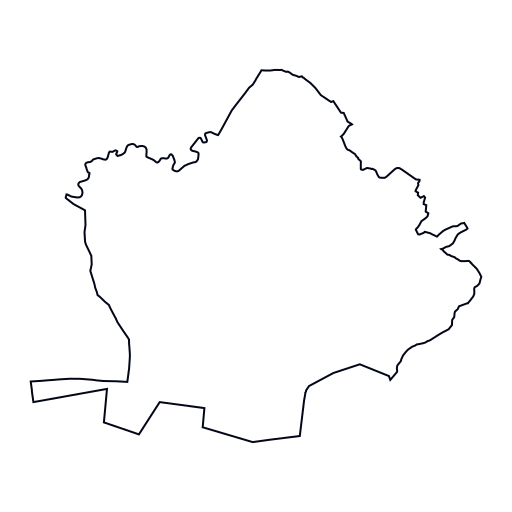 the district of Rites pag., Viesites, Latvia
{"feature_id": "27541924B10670366304681", "entity_name": "Rites pag.", "entity_type": "district", "adm_level": 2, "iso_a3": "LVA", "parent_name": "Latvia", "parent_adm1": "Viesites", "projection": "albers", "projection_center": [25.488, 56.197], "detail": "fine", "context": "isolated", "style": "outline", "palette": "ink", "viewbox_px": 512, "rotation_deg": 0, "n_neighbors": 0, "source": "geoboundaries", "source_scale": "gbopen_adm2", "svg_char_len": 5991}
<svg xmlns="http://www.w3.org/2000/svg" viewBox="0 0 512 512"><path d="M390.3,379.9L396.9,372.1L397.2,371.1L396.9,368.2L397.2,366.0L397.6,365.1L400.4,361.7L400.9,360.9L401.1,360.5L401.2,359.5L402.6,356.4L402.9,355.7L403.4,355.0L405.5,352.3L407.8,349.8L412.0,346.8L415.2,345.5L416.8,344.4L418.6,344.2L423.6,343.1L425.0,342.6L426.1,342.1L427.0,341.5L427.3,341.2L429.8,340.4L431.4,339.4L438.4,334.9L443.0,332.2L448.6,329.3L452.0,325.0L452.1,321.1L452.3,319.7L454.2,317.2L454.6,313.0L455.0,311.6L457.7,309.2L459.0,306.3L467.2,303.3L467.8,303.1L468.0,303.2L468.6,302.3L469.9,300.8L473.2,296.5L474.1,294.4L474.3,293.7L474.3,291.9L474.2,289.4L474.2,288.5L474.4,288.0L474.6,287.5L474.9,287.1L475.5,286.8L477.0,286.0L477.6,285.5L479.2,283.8L479.5,283.3L480.6,279.0L481.3,276.8L479.7,273.5L477.5,269.9L476.7,268.8L476.0,268.0L473.1,265.2L472.0,264.1L471.7,263.6L470.9,262.9L471.0,262.8L469.6,261.4L469.0,261.0L468.2,260.9L465.7,261.1L461.0,261.1L460.1,260.9L457.6,259.2L455.6,258.2L454.8,257.3L450.8,255.9L450.1,255.3L449.5,255.0L447.4,254.6L447.1,254.4L445.7,253.0L443.8,251.4L442.6,249.8L442.2,249.4L441.3,249.3L441.1,249.1L442.5,248.8L446.1,246.9L449.3,246.1L453.0,243.3L454.7,240.2L455.5,238.2L456.7,236.2L457.9,234.3L459.3,233.3L460.9,232.3L466.1,229.7L467.5,228.6L467.2,227.7L464.2,222.9L462.8,223.3L461.2,223.4L457.5,226.0L455.8,226.3L454.4,226.2L452.7,226.4L445.9,229.4L443.2,230.9L438.8,234.7L437.0,236.6L431.7,234.1L430.1,233.2L424.7,231.8L423.8,232.8L419.6,234.5L418.1,234.3L415.8,229.6L416.4,228.7L417.8,227.3L419.5,224.8L421.4,221.2L425.8,218.0L426.8,217.1L427.6,216.1L428.3,213.2L425.7,211.6L426.3,205.2L423.7,204.1L423.7,202.3L424.1,201.1L425.1,197.5L423.9,196.1L420.5,197.8L417.8,195.2L418.1,192.6L416.5,191.9L415.5,191.0L416.2,189.3L418.4,185.2L418.1,183.8L418.1,182.9L419.3,181.5L419.6,180.3L419.6,179.8L415.9,179.4L402.2,169.8L399.4,168.1L397.7,168.0L396.4,168.2L394.9,169.1L386.6,176.6L384.8,177.8L382.3,177.8L379.6,177.6L378.8,177.0L377.1,174.0L376.6,172.6L375.9,171.1L375.5,170.5L374.5,169.8L372.4,168.8L372.1,169.0L371.6,169.0L370.3,168.5L367.2,168.0L366.7,168.1L363.0,169.9L361.1,169.5L360.8,169.0L360.8,163.3L360.9,161.7L360.8,161.3L360.3,160.7L358.8,159.4L358.2,158.7L358.1,157.8L356.5,156.5L354.9,154.0L352.8,152.7L349.6,150.4L349.3,150.2L348.1,149.9L347.3,149.4L346.6,148.6L346.4,148.3L345.6,146.7L345.3,146.1L342.7,139.4L341.5,136.9L341.0,136.6L341.7,135.9L342.8,134.9L343.8,133.8L348.2,126.8L348.8,126.0L349.5,125.5L352.0,124.4L351.5,123.9L347.6,121.6L343.7,112.9L341.0,112.7L333.3,101.1L331.1,102.0L320.9,95.2L315.4,88.0L310.5,83.1L305.0,79.0L303.5,77.6L302.6,77.4L301.8,76.3L300.3,76.7L299.0,77.0L295.9,75.7L292.7,74.8L289.9,72.7L288.1,71.7L287.6,71.6L286.5,71.9L283.9,71.0L281.7,69.9L281.0,69.9L279.9,70.0L274.7,69.9L272.2,70.3L270.4,70.5L265.4,70.5L261.4,70.3L260.6,71.8L256.1,79.0L255.5,80.3L255.1,80.9L252.8,84.6L249.1,87.7L244.9,93.4L236.1,104.7L231.7,110.5L221.0,130.2L218.1,135.1L216.7,134.7L213.9,133.6L211.5,132.3L209.6,132.1L206.0,133.1L205.3,133.5L205.1,134.0L205.0,135.0L205.1,135.4L206.9,140.1L206.9,140.9L206.7,141.4L206.5,141.9L205.8,142.2L203.7,142.5L203.1,142.4L202.7,142.0L202.4,141.6L200.9,138.4L200.4,137.9L198.9,137.8L198.3,138.3L191.2,147.3L190.7,148.4L190.7,149.2L190.9,149.7L191.9,150.6L193.1,151.0L194.2,151.2L197.0,152.0L197.7,152.4L198.5,153.2L198.6,153.9L198.3,157.0L198.0,159.2L197.2,160.5L196.2,161.7L195.3,162.1L193.0,162.5L188.0,164.2L186.2,165.1L184.5,165.8L178.5,171.0L176.9,171.4L174.7,170.9L172.7,169.6L172.4,168.8L172.8,167.0L173.4,165.0L174.7,162.9L174.9,162.2L174.4,160.1L172.8,155.9L171.5,154.4L171.1,154.3L170.2,154.5L169.6,155.2L168.2,157.8L167.2,158.4L166.3,158.6L163.4,158.2L161.6,158.3L160.7,158.8L160.0,160.1L158.9,161.6L158.0,162.3L157.1,162.5L156.4,162.3L153.7,160.1L152.4,159.4L147.3,157.2L146.5,156.7L146.3,156.2L146.6,151.9L146.6,151.0L146.5,149.4L146.1,148.3L145.5,147.4L144.3,146.5L142.5,146.0L141.2,146.0L138.9,146.3L138.1,146.8L137.1,147.0L136.6,146.8L134.9,144.9L134.2,144.4L133.5,144.2L132.6,144.0L131.3,144.1L130.3,144.5L128.9,144.8L128.1,145.2L127.2,146.2L126.6,147.3L125.5,150.6L125.2,151.7L124.7,152.6L123.1,153.8L122.0,154.5L120.7,155.2L120.1,155.2L117.7,156.0L117.3,155.6L116.8,155.3L116.2,154.2L116.2,153.8L117.1,152.2L117.3,151.3L116.9,150.9L116.4,150.6L115.4,150.4L114.8,150.6L113.7,151.2L113.0,151.6L112.2,151.9L110.5,151.6L109.6,151.7L109.2,152.3L108.8,153.1L108.0,156.2L107.7,157.3L106.7,159.1L105.9,159.6L105.3,159.7L103.0,159.3L101.9,158.8L99.7,158.2L98.6,158.0L96.8,158.3L93.6,159.3L93.0,159.7L91.5,161.3L90.6,161.8L89.8,162.1L88.6,162.1L87.8,162.3L86.4,162.8L85.9,163.2L85.5,163.8L85.3,164.6L85.3,165.2L86.3,167.7L86.6,169.0L87.1,170.4L87.7,171.9L88.0,172.3L88.4,172.5L89.3,172.8L89.5,173.1L89.4,174.2L89.0,174.9L89.1,175.8L88.8,177.3L88.2,178.4L87.7,179.1L86.7,179.8L84.4,180.7L79.9,182.0L79.4,182.4L78.6,183.3L78.4,183.9L78.3,184.4L78.3,184.9L78.4,185.3L78.8,186.0L79.4,186.7L81.2,188.5L81.9,189.8L82.2,190.7L82.5,192.6L82.1,194.7L81.8,195.4L80.9,196.5L79.8,197.2L78.9,197.4L76.7,197.4L71.6,196.6L70.1,196.0L69.3,195.4L68.6,195.3L67.7,194.6L66.5,194.4L66.4,195.0L65.7,197.3L65.9,198.1L73.6,204.1L85.0,210.3L85.5,225.1L84.5,232.1L85.0,240.4L85.1,241.9L86.0,244.7L87.4,247.6L89.2,251.3L91.3,255.8L91.7,264.4L90.4,270.6L90.3,270.8L94.5,284.3L95.1,287.4L95.4,288.2L96.8,292.0L97.6,295.1L99.8,296.8L105.2,302.0L108.8,304.9L110.8,309.1L114.6,316.3L115.7,318.2L117.4,322.1L123.2,330.9L128.1,338.0L129.0,339.6L129.1,344.3L129.3,345.9L129.9,354.6L129.8,358.0L129.0,369.9L128.7,371.0L128.6,372.3L127.3,381.9L116.8,381.3L103.3,381.0L96.7,380.4L92.8,379.8L80.0,378.8L74.0,378.8L70.8,378.7L59.2,379.4L53.5,379.9L47.6,380.3L41.8,380.8L30.7,381.5L31.9,390.2L31.9,391.5L32.1,392.9L32.7,397.1L33.4,402.1L107.0,388.9L103.9,422.4L138.9,434.4L159.7,402.1L204.4,408.1L202.7,427.3L252.7,442.1L269.3,439.8L299.8,436.0L304.1,400.3L305.2,394.3L305.3,392.7L306.0,391.6L306.1,391.0L306.1,390.4L309.1,386.0L333.4,373.0L359.8,364.3L386.8,375.2L388.9,376.0L390.3,379.9Z" fill="none" stroke="#020617" stroke-width="2"/></svg>